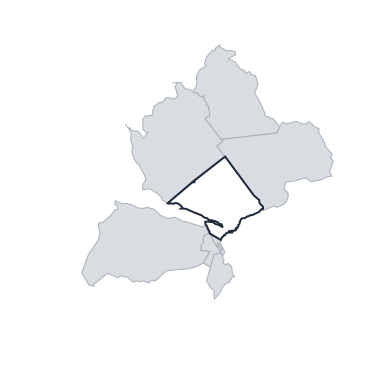 map of Egypt with Sudan, Chad, Israel and 5 others greyed out, rotated 141°
{"feature_id": "EGY", "entity_name": "Egypt", "entity_type": "country or territory", "adm_level": 0, "iso_a3": "EGY", "parent_name": "Africa", "parent_adm1": "", "projection": "orthographic", "projection_center": [30.805, 26.825], "detail": "medium", "context": "with_neighbors", "style": "outline", "palette": "slate", "viewbox_px": 384, "rotation_deg": 141, "n_neighbors": 8, "source": "natural_earth", "source_scale": "50m", "svg_char_len": 5596}
<svg xmlns="http://www.w3.org/2000/svg" viewBox="0 0 384 384"><g transform="rotate(141 192 192)"><path d="M138.8,289.0L133.8,285.9L131.6,283.9L132.4,276.7L128.7,272.4L128.1,268.1L125.8,266.0L125.8,262.2L124.6,259.6L122.3,259.8L124.8,254.9L124.1,252.1L126.3,250.3L125.0,248.6L130.0,240.0L135.5,240.8L136.4,211.7L143.6,212.0L144.1,198.6L218.0,198.6L220.3,205.0L219.0,206.3L220.1,213.2L222.7,221.0L228.8,224.8L225.7,228.7L221.1,230.1L219.1,232.2L216.1,246.4L216.9,249.0L216.0,254.7L213.4,261.3L209.6,264.6L206.2,272.4L203.1,274.3L201.2,281.1L201.3,286.8L201.2,281.8L200.3,281.7L199.6,276.3L196.1,273.8L195.3,269.2L196.1,264.4L193.0,264.0L192.6,265.4L188.6,265.8L190.2,267.7L190.8,271.6L183.9,279.9L180.5,280.5L174.9,276.7L172.4,278.1L171.7,279.9L168.3,281.1L168.1,282.4L161.5,282.3L160.6,281.0L155.8,280.6L153.4,281.6L151.6,281.0L147.1,275.3L142.4,276.0L138.7,284.6L134.4,286.2L138.8,289.0Z" fill="#d9dde1" stroke="#a8b0b8" stroke-width="1"/><path d="M136.2,214.5L135.5,240.8L130.0,240.0L125.0,248.6L126.3,250.3L124.1,252.1L124.8,254.9L122.3,259.8L124.6,259.6L125.8,262.2L125.8,266.0L128.1,268.1L128.0,269.6L123.8,270.5L120.4,272.8L115.5,279.5L109.3,282.0L101.1,281.4L101.7,283.7L95.4,287.8L87.2,289.4L84.5,287.5L83.3,289.0L77.9,288.8L79.0,287.2L76.4,279.9L73.6,278.4L70.1,274.2L71.6,271.3L79.8,272.7L76.7,266.4L77.0,257.8L74.7,253.3L75.5,250.3L71.5,249.6L71.8,245.4L69.4,242.6L72.8,234.4L81.2,229.2L82.2,220.7L85.7,207.5L87.3,204.8L85.0,202.2L85.1,200.1L83.0,198.1L82.6,187.5L89.0,184.6L136.2,214.5Z" fill="#d9dde1" stroke="#a8b0b8" stroke-width="1"/><path d="M208.4,123.2L207.2,129.1L205.1,128.3L204.1,132.8L205.5,133.5L204.1,134.5L203.9,136.2L206.6,135.2L206.8,137.8L204.4,148.7L200.2,137.2L201.8,135.0L204.4,124.6L208.4,123.2Z" fill="#d9dde1" stroke="#a8b0b8" stroke-width="1"/><path d="M206.6,135.2L203.9,136.2L204.1,134.5L205.5,133.5L204.1,132.8L205.1,128.3L207.2,129.1L206.6,135.2Z" fill="#d9dde1" stroke="#a8b0b8" stroke-width="1"/><path d="M207.2,129.1L208.1,127.0L214.5,129.4L225.0,121.6L227.9,129.6L215.7,134.7L221.9,141.1L220.0,142.3L219.2,144.6L214.8,145.8L211.1,150.4L204.6,149.6L204.4,148.7L206.8,137.8L207.2,129.1Z" fill="#d9dde1" stroke="#a8b0b8" stroke-width="1"/><path d="M208.1,127.0L209.6,119.5L212.5,116.8L211.5,114.2L209.0,114.0L208.2,108.9L212.1,103.1L212.2,99.4L214.0,100.6L219.8,98.4L222.7,99.5L227.1,99.2L233.0,96.3L241.7,94.6L239.5,99.0L236.8,100.9L237.8,105.6L236.6,113.8L214.5,129.4L208.1,127.0Z" fill="#d9dde1" stroke="#a8b0b8" stroke-width="1"/><path d="M204.6,149.6L211.1,150.4L214.8,145.8L219.2,144.6L220.0,142.3L221.9,141.1L215.7,134.7L227.9,129.6L234.8,130.9L243.7,134.9L261.2,146.8L276.9,146.0L278.8,149.0L282.7,148.3L285.8,153.7L288.8,154.8L290.1,157.0L294.4,159.2L295.9,166.3L300.0,171.4L302.0,172.5L303.5,171.7L308.6,181.9L326.3,182.0L327.2,180.4L330.6,184.5L328.7,198.5L312.1,208.4L295.1,213.7L289.7,217.5L285.9,225.1L283.1,226.6L281.4,224.6L271.8,224.7L263.0,226.5L260.3,225.0L258.8,228.4L259.7,231.1L257.0,233.5L253.4,226.4L250.0,224.3L246.3,219.0L244.2,213.7L239.6,209.5L236.8,208.6L232.3,202.5L231.4,193.9L227.5,186.7L221.1,183.1L217.4,174.4L215.5,173.0L205.9,158.3L203.0,158.4L204.6,149.6Z" fill="#d9dde1" stroke="#a8b0b8" stroke-width="1"/><path d="M146.2,150.0L143.6,212.0L136.4,211.7L136.2,214.5L89.0,184.6L78.1,189.4L75.2,185.3L66.3,181.1L64.3,176.5L60.1,172.7L57.3,173.5L55.8,169.4L56.0,166.5L53.4,161.1L56.1,158.7L57.8,147.9L59.7,142.6L59.2,133.3L62.2,132.3L63.1,126.7L72.2,121.5L73.5,116.5L79.4,119.7L81.7,119.5L86.0,121.2L92.8,125.1L94.6,131.3L107.0,136.9L112.6,140.8L118.6,136.5L117.8,131.2L119.9,128.1L124.2,125.3L128.1,124.7L135.6,126.6L137.3,129.7L146.7,132.2L148.0,134.4L145.7,137.6L146.5,140.5L144.8,144.5L146.2,150.0Z" fill="#d9dde1" stroke="#a8b0b8" stroke-width="1"/><path d="M218.0,198.6L184.2,199.5L184.5,198.5L184.4,198.2L184.0,198.1L183.7,198.2L183.1,199.5L182.8,199.5L144.0,198.7L146.1,150.4L145.6,147.8L145.3,145.6L144.9,144.0L144.8,143.5L145.9,141.8L146.5,140.4L146.6,139.7L146.2,137.8L146.1,135.9L147.7,134.0L147.9,133.9L148.3,134.7L149.2,134.9L152.2,134.3L159.8,136.2L161.5,137.3L161.9,137.5L163.1,137.5L163.9,138.1L167.1,138.5L168.7,139.3L169.7,139.9L170.3,140.1L170.8,140.0L171.5,139.8L172.3,139.4L173.3,138.9L175.2,137.4L175.9,137.2L176.9,137.2L177.9,135.9L178.9,135.8L180.9,135.2L180.7,135.5L178.9,136.2L179.7,136.3L181.4,135.9L181.6,135.6L181.7,135.0L181.9,134.9L182.5,135.0L184.4,135.9L184.9,135.9L186.5,135.3L186.9,135.6L187.9,136.7L187.6,136.6L186.5,135.7L186.4,136.2L185.8,137.0L186.6,137.3L187.2,137.5L187.7,138.3L188.3,138.1L188.8,137.6L188.4,137.0L188.6,137.0L189.0,137.2L190.2,138.2L190.6,138.4L191.1,138.4L192.1,138.1L192.3,138.1L193.6,137.7L194.0,138.3L195.1,138.0L196.7,137.9L198.1,137.5L199.8,136.6L201.6,141.4L201.9,142.4L202.7,144.1L204.3,148.8L203.9,149.1L203.3,150.2L202.7,153.7L201.8,156.4L201.7,158.1L201.6,158.7L200.6,160.5L199.5,160.0L197.8,158.6L196.8,157.2L195.7,156.4L194.7,155.2L194.4,154.3L194.4,153.8L193.9,152.4L193.6,151.8L192.4,150.4L192.0,149.6L191.5,148.8L191.0,147.0L190.5,145.8L190.0,146.1L190.1,146.6L189.6,147.3L189.4,148.1L189.6,148.8L190.6,149.7L190.8,150.2L191.0,151.1L191.0,152.4L191.2,152.8L191.9,153.8L192.6,155.2L193.4,156.1L194.5,157.6L195.5,158.6L196.2,159.1L196.6,159.7L196.7,161.0L196.6,161.6L197.5,163.4L198.2,163.9L198.5,164.4L198.8,165.3L199.2,168.0L199.8,168.6L201.6,172.1L203.0,174.3L203.8,176.0L204.9,178.0L207.1,182.4L208.4,183.7L208.9,184.5L209.8,185.0L210.8,185.9L209.9,185.8L209.4,186.0L209.2,187.0L209.4,189.3L209.7,190.4L210.5,192.5L211.5,193.6L211.9,193.9L213.9,194.5L215.1,196.1L217.8,197.9L218.0,198.6Z" fill="none" stroke="#1e293b" stroke-width="2"/></g></svg>